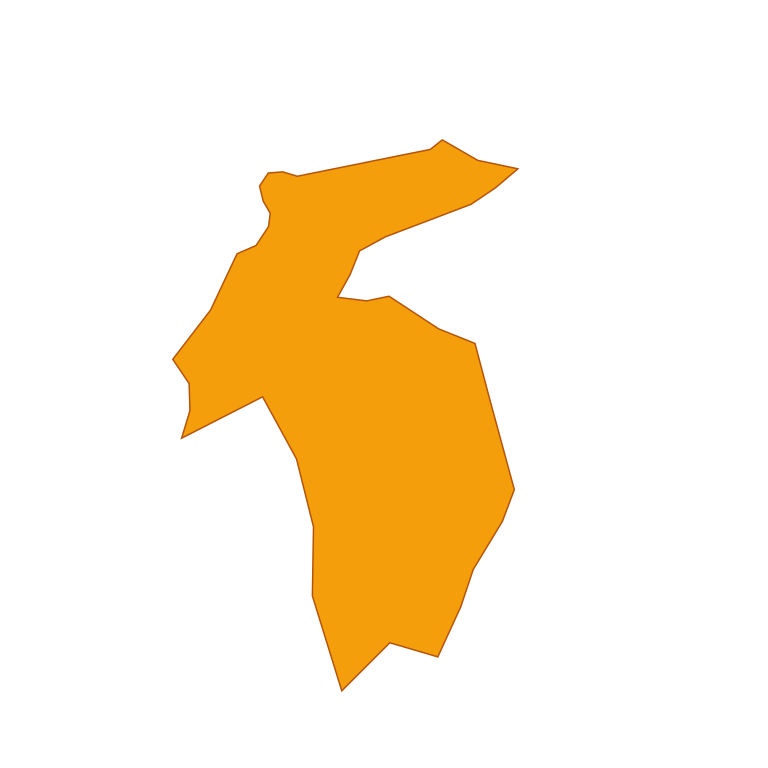 an SVG outline of Ibanda, rotated 135°
{"feature_id": "UGA-3369", "entity_name": "Ibanda", "entity_type": "County", "adm_level": 1, "iso_a3": "UGA", "parent_name": "Uganda", "parent_adm1": "", "projection": "orthographic", "projection_center": [30.484, -0.063], "detail": "fine", "context": "isolated", "style": "filled", "palette": "amber", "viewbox_px": 768, "rotation_deg": 135, "n_neighbors": 0, "source": "natural_earth", "source_scale": "10m", "svg_char_len": 675}
<svg xmlns="http://www.w3.org/2000/svg" viewBox="0 0 768 768"><g transform="rotate(135 384 384)"><path d="M515.9,550.8L454.4,558.9L395.8,580.0L376.6,572.4L354.3,577.0L343.7,585.2L340.1,598.7L332.0,612.0L316.6,615.0L305.6,605.6L298.4,592.2L212.2,535.0L185.5,517.2L170.2,515.4L159.6,475.9L137.2,441.5L166.4,443.9L195.3,449.5L279.0,487.1L307.1,495.4L330.7,485.3L355.6,478.2L337.6,455.1L318.4,442.5L306.4,384.4L291.0,348.3L319.2,299.9L366.5,217.2L397.3,203.2L452.2,189.7L487.2,172.2L538.9,153.0L562.9,196.9L630.8,196.9L584.5,284.8L534.9,332.8L498.9,392.8L478.9,460.8L565.4,488.8L540.0,502.4L521.5,522.1L515.9,550.8Z" fill="#f59e0b" stroke="#b45309" stroke-width="1.5"/></g></svg>